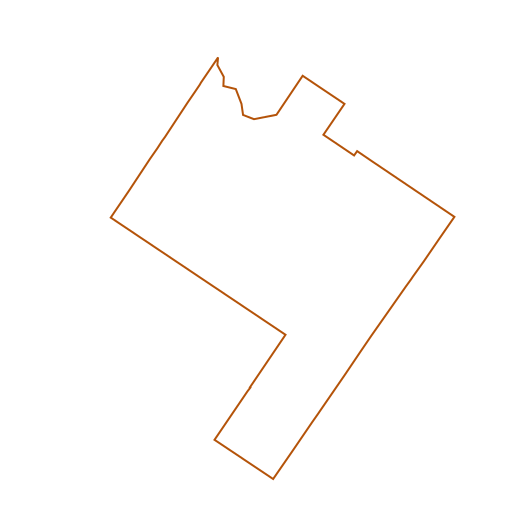 the district of Bonner, Idaho, United States of America, rotated 214°
{"feature_id": "52423323B26002580229088", "entity_name": "Bonner", "entity_type": "district", "adm_level": 2, "iso_a3": "USA", "parent_name": "United States of America", "parent_adm1": "Idaho", "projection": "equal_earth", "projection_center": [-116.598, 48.369], "detail": "fine", "context": "isolated", "style": "outline", "palette": "amber", "viewbox_px": 512, "rotation_deg": 214, "n_neighbors": 0, "source": "geoboundaries", "source_scale": "gbopen_adm2", "svg_char_len": 836}
<svg xmlns="http://www.w3.org/2000/svg" viewBox="0 0 512 512"><g transform="rotate(214 256 256)"><path d="M398.1,311.5L398.0,303.7L398.2,299.2L398.0,290.1L398.2,277.2L397.8,239.2L397.9,214.4L397.9,206.6L187.5,207.2L187.6,143.7L187.1,143.7L187.4,139.2L187.6,80.4L117.1,80.7L116.7,116.0L116.5,150.0L116.3,160.4L116.3,163.2L115.9,207.4L115.9,233.0L115.9,235.6L115.8,254.6L114.7,314.6L114.4,323.2L114.4,323.3L114.4,324.4L114.4,324.5L114.4,325.5L114.4,325.8L114.4,327.0L113.9,345.1L113.8,359.6L113.7,374.3L113.4,399.4L212.2,399.4L230.8,399.5L230.9,394.2L267.9,394.2L267.7,431.6L318.1,431.5L318.0,384.5L334.2,368.3L345.6,365.7L353.1,374.0L366.1,383.1L378.1,378.7L382.9,386.5L394.8,392.7L398.5,399.4L398.5,391.1L398.6,369.0L398.4,366.6L398.4,362.7L398.4,358.5L398.5,345.2L398.1,311.5Z" fill="none" stroke="#b45309" stroke-width="2"/></g></svg>